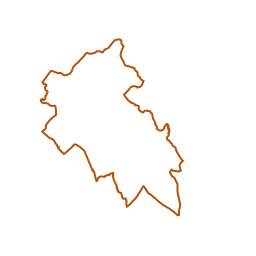 Anina, Caras-Severin, Romania, rotated 311°
{"feature_id": "2599482B55434299191189", "entity_name": "Anina", "entity_type": "district", "adm_level": 2, "iso_a3": "ROU", "parent_name": "Romania", "parent_adm1": "Caras-Severin", "projection": "natural_earth1", "projection_center": [21.868, 45.042], "detail": "fine", "context": "isolated", "style": "outline", "palette": "amber", "viewbox_px": 256, "rotation_deg": 311, "n_neighbors": 0, "source": "geoboundaries", "source_scale": "gbopen_adm2", "svg_char_len": 5695}
<svg xmlns="http://www.w3.org/2000/svg" viewBox="0 0 256 256"><g transform="rotate(311 128 128)"><path d="M139.3,191.0L139.3,189.5L140.4,185.2L140.6,185.0L140.8,184.6L140.9,184.2L141.3,182.9L141.3,182.4L141.7,181.4L142.1,180.9L142.1,180.2L142.5,179.4L142.8,178.9L143.2,178.5L143.4,178.2L143.4,177.9L143.5,177.7L144.4,176.5L144.4,176.3L144.0,173.7L144.0,173.3L144.3,172.6L144.5,172.1L144.9,171.4L145.0,171.2L144.8,170.8L144.7,170.1L145.0,169.1L145.5,168.0L145.1,166.8L145.2,166.4L145.0,165.6L145.7,164.1L145.9,163.9L146.5,163.8L147.1,163.5L149.0,163.6L150.4,162.7L150.5,162.6L150.5,161.9L151.0,162.1L151.3,162.0L151.5,161.7L152.9,161.5L153.1,161.2L153.1,160.9L153.1,160.4L153.2,159.6L153.4,159.5L154.1,159.8L154.4,159.7L154.1,158.6L154.2,158.0L154.4,157.9L154.6,157.9L155.4,158.0L155.6,157.9L155.7,157.7L155.1,157.7L155.0,157.4L155.0,157.2L156.2,156.3L156.8,155.7L156.7,154.9L156.4,154.5L155.1,154.4L152.9,154.8L152.5,154.7L151.9,155.3L151.2,155.6L150.1,155.6L149.2,155.4L148.6,155.3L148.0,154.9L146.7,153.2L146.5,152.9L146.6,152.4L146.5,151.8L146.6,150.9L146.4,150.1L147.3,149.7L147.9,149.0L148.1,148.3L148.5,147.5L148.6,147.1L148.4,146.4L148.9,146.1L149.9,145.0L150.8,143.1L151.3,141.2L152.3,139.6L154.6,136.8L154.6,136.5L154.4,135.5L154.5,135.2L154.9,134.3L155.1,133.7L154.6,133.1L153.2,130.5L152.4,129.7L151.2,129.3L149.5,129.1L149.3,128.1L148.9,127.1L148.9,126.7L148.8,125.3L148.9,124.8L148.9,124.4L149.0,124.0L150.9,122.5L151.2,122.2L151.5,121.6L151.4,121.0L151.3,120.5L150.8,119.8L150.1,118.9L149.9,118.4L150.1,117.9L150.2,117.2L150.2,116.2L150.1,115.7L149.7,114.9L149.6,114.6L149.1,113.9L149.2,112.9L149.2,112.0L148.9,111.0L148.9,110.2L149.3,108.9L149.3,108.3L149.7,106.5L149.9,105.0L150.0,104.7L150.3,104.1L150.5,103.2L150.9,103.0L151.2,103.0L152.2,103.3L152.9,103.4L153.4,103.4L154.6,103.3L155.5,103.5L159.7,103.3L160.5,103.3L161.5,103.7L162.2,104.0L163.7,105.3L164.6,106.9L164.7,107.4L164.7,108.2L164.9,108.1L165.0,108.5L166.5,109.8L167.4,110.2L168.8,110.3L169.7,110.2L171.6,109.7L172.6,109.3L173.2,108.7L173.6,108.7L173.4,108.0L173.4,107.3L173.2,106.6L173.2,105.5L173.3,105.1L173.8,104.6L174.1,104.0L174.1,103.6L173.9,102.4L173.9,101.3L175.0,99.9L176.2,98.7L176.4,98.4L176.2,96.9L176.3,96.5L176.3,95.1L177.1,93.9L177.4,93.7L177.5,93.4L177.2,92.7L176.4,91.4L175.9,90.4L175.8,89.7L175.3,88.5L174.8,87.4L174.2,86.7L174.0,86.2L173.5,84.8L173.5,84.5L173.7,83.8L175.2,81.3L175.4,80.8L175.5,79.8L175.7,79.3L176.3,78.3L176.7,76.6L177.0,76.1L178.4,74.3L179.9,73.5L182.9,72.2L183.8,71.9L184.8,71.6L186.8,70.9L186.9,70.6L186.9,70.4L186.8,70.0L187.3,67.9L187.6,67.5L189.3,65.8L189.7,65.0L189.5,63.6L186.9,61.3L185.7,60.5L181.5,60.4L176.3,60.7L174.7,60.4L172.7,59.3L171.4,59.0L170.7,59.1L168.3,59.1L167.9,58.7L167.8,57.6L167.6,57.1L166.9,55.9L166.2,54.8L165.3,54.0L163.5,53.9L160.9,52.3L159.1,50.6L158.3,49.3L158.0,47.9L157.1,47.4L156.3,47.3L154.7,47.5L151.8,47.5L145.1,47.3L142.9,46.9L138.3,46.7L137.2,46.9L135.8,47.5L134.3,48.1L132.7,48.4L130.9,48.4L129.4,47.9L126.9,46.3L125.9,45.3L125.6,43.3L125.4,41.1L124.9,40.4L123.6,39.4L121.1,33.1L120.4,32.5L119.8,32.4L118.9,32.4L109.8,33.2L106.3,33.6L106.3,34.6L106.2,35.1L105.9,35.6L106.0,36.1L106.9,36.9L107.0,38.1L106.2,38.7L105.4,38.7L104.9,38.5L104.3,38.5L104.0,38.8L103.7,39.5L102.7,40.4L102.5,40.8L102.5,41.4L102.7,41.9L102.7,43.0L102.4,43.7L101.7,44.1L100.7,44.2L100.2,44.5L97.9,44.7L97.3,45.2L96.8,45.9L96.1,46.3L95.0,46.4L94.5,46.4L93.9,46.2L93.5,45.8L93.4,45.5L93.4,45.1L93.8,44.6L92.8,43.9L91.9,43.8L91.2,44.7L90.8,46.2L91.1,47.3L92.4,49.0L93.7,51.0L93.9,51.5L93.9,54.6L94.1,55.3L95.1,56.5L96.3,57.6L96.8,58.2L96.8,58.9L94.0,62.1L90.9,64.9L90.0,65.0L86.3,64.2L84.4,64.0L82.2,63.9L77.8,64.0L76.9,64.1L75.6,64.9L74.3,65.8L73.1,66.3L71.7,66.2L69.9,65.5L68.9,65.7L69.0,75.3L69.5,77.0L69.9,77.4L70.1,78.5L70.1,78.8L69.9,79.1L69.9,79.3L69.8,79.7L69.9,80.1L69.9,80.9L69.5,82.0L68.9,83.0L69.0,83.2L68.8,84.2L68.6,84.8L68.6,85.4L68.2,86.0L68.2,86.6L67.8,87.1L67.7,87.4L67.8,88.1L68.0,88.5L67.0,88.5L66.3,95.9L66.5,96.7L67.6,97.1L76.5,98.2L79.7,98.3L80.7,98.5L81.3,99.5L81.7,101.3L82.2,104.6L82.2,108.3L82.1,110.1L75.2,124.1L72.7,129.1L73.1,129.1L72.6,129.9L72.8,131.2L72.6,131.5L72.2,132.0L70.9,133.6L68.1,137.7L67.3,139.0L68.1,139.4L69.4,138.6L71.6,138.4L72.2,138.5L73.1,138.9L73.9,139.6L74.8,140.9L75.5,142.1L75.9,142.5L76.1,142.5L76.5,142.3L77.3,142.5L77.5,142.8L78.6,143.0L78.9,143.2L79.3,143.5L79.9,144.4L80.3,144.7L80.7,144.7L81.4,144.5L81.7,144.5L83.3,145.6L84.3,146.0L84.1,146.7L83.7,146.8L83.1,146.9L82.7,147.2L82.5,147.6L82.5,148.0L82.4,148.2L81.4,148.3L81.2,148.5L80.9,149.5L80.6,149.9L79.6,151.1L78.9,152.8L78.2,154.1L78.0,155.0L77.7,155.3L77.4,156.5L77.3,156.9L76.8,157.4L76.6,157.9L76.4,158.0L75.9,158.1L75.8,158.3L75.7,159.1L75.3,159.5L74.6,159.9L74.6,160.7L74.4,160.9L74.3,161.4L73.7,161.6L73.6,162.3L73.7,162.9L73.5,163.2L73.5,163.4L74.0,164.3L74.3,164.7L74.5,165.4L73.6,166.7L73.5,167.0L73.2,167.3L73.0,167.7L72.7,168.1L72.6,168.4L71.8,169.3L71.9,169.5L71.5,170.6L71.6,171.1L72.2,171.5L73.0,172.3L73.2,172.5L72.5,173.8L72.0,174.6L71.4,175.2L69.6,176.5L69.2,177.0L68.8,178.0L68.3,178.4L68.0,178.8L70.8,179.5L75.6,179.6L80.3,179.9L84.1,179.4L90.0,178.5L93.0,177.8L93.6,177.7L94.2,177.9L94.3,178.3L94.1,179.3L92.1,186.1L92.3,187.1L92.6,188.0L92.7,194.0L92.6,200.0L93.1,205.9L94.3,212.3L94.8,218.7L94.8,220.7L94.6,222.7L95.2,222.8L95.9,223.6L97.7,221.9L100.3,220.0L102.8,218.9L104.2,217.8L107.8,213.4L109.9,210.3L112.1,207.4L118.0,202.3L118.7,200.9L119.5,198.6L120.2,197.3L120.8,195.8L120.6,193.0L121.0,191.3L122.0,189.0L122.9,188.4L125.2,188.2L125.3,190.0L128.6,195.0L129.2,195.5L130.6,195.8L131.2,194.5L132.7,192.5L133.7,191.4L134.7,191.0L136.4,190.8L138.5,190.9L139.3,191.0Z" fill="none" stroke="#b45309" stroke-width="2"/></g></svg>